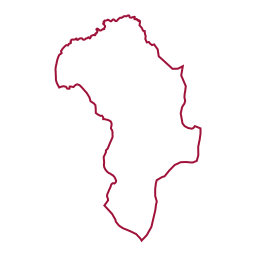 Manakhah, Sana'a, Yemen (orthographic projection)
{"feature_id": "15242507B46989260913803", "entity_name": "Manakhah", "entity_type": "district", "adm_level": 2, "iso_a3": "YEM", "parent_name": "Yemen", "parent_adm1": "Sana'a", "projection": "orthographic", "projection_center": [43.649, 15.071], "detail": "fine", "context": "isolated", "style": "outline", "palette": "rose", "viewbox_px": 256, "rotation_deg": 0, "n_neighbors": 0, "source": "geoboundaries", "source_scale": "gbopen_adm2", "svg_char_len": 5396}
<svg xmlns="http://www.w3.org/2000/svg" viewBox="0 0 256 256"><path d="M104.4,205.5L112.1,213.9L115.4,219.7L115.8,221.6L117.4,223.7L119.1,225.7L122.9,228.2L127.4,230.0L131.3,231.7L136.2,234.1L140.5,238.7L141.6,240.6L146.8,235.1L151.4,226.9L153.6,217.5L155.3,210.3L155.3,210.2L156.0,204.7L156.8,201.6L155.2,196.0L155.2,192.7L155.2,188.9L155.9,183.3L156.7,180.2L162.2,177.0L164.6,176.3L169.2,170.6L174.7,165.0L180.7,162.2L186.3,162.0L190.0,162.4L192.8,162.5L193.5,162.2L196.7,160.9L198.3,155.4L198.2,146.6L198.8,144.1L198.9,143.2L199.7,139.5L200.2,135.8L200.5,133.9L200.5,128.4L194.9,126.1L193.4,128.0L191.8,128.7L188.1,128.0L184.6,126.1L182.5,123.4L180.9,114.4L180.7,113.5L182.0,107.6L182.0,107.4L183.2,105.3L184.4,103.6L185.2,100.8L184.4,97.3L184.7,93.6L184.8,93.1L185.2,91.2L185.2,90.9L185.8,86.2L181.8,76.8L181.2,75.4L182.8,66.2L177.9,68.7L172.4,68.8L171.4,67.8L161.9,59.1L158.8,56.4L158.7,56.2L157.7,49.4L154.1,44.4L152.0,45.1L150.1,43.7L148.9,42.0L146.8,42.4L145.3,38.9L145.7,36.2L145.0,33.9L144.7,31.1L143.7,31.2L142.5,29.8L142.1,28.3L139.5,25.3L140.0,22.1L140.0,21.3L139.8,21.3L139.7,21.3L139.3,21.2L139.3,20.9L139.3,20.7L139.2,20.5L139.0,20.3L138.9,20.2L138.6,20.1L138.3,20.2L138.0,20.6L137.4,20.3L137.4,19.7L137.1,19.3L136.6,19.0L136.1,19.0L135.6,19.2L135.1,19.3L134.9,19.2L134.5,19.1L134.4,18.7L134.3,18.0L134.3,17.7L134.5,17.5L134.8,17.1L134.4,16.8L133.9,16.9L133.3,17.1L132.8,17.1L132.2,17.3L131.7,17.6L131.2,17.7L130.5,17.6L130.0,17.4L129.6,17.1L129.4,16.6L129.4,16.1L129.2,15.6L128.7,15.4L128.2,15.4L127.6,15.6L127.2,15.8L126.8,16.1L126.3,16.3L125.8,16.3L125.2,16.2L124.7,16.2L124.1,16.2L123.4,16.5L123.0,17.1L122.6,17.3L122.0,17.4L121.5,17.8L121.0,17.9L120.4,17.7L119.9,17.8L119.5,18.1L119.1,18.5L118.8,18.8L118.3,19.1L117.9,19.6L117.6,20.0L117.2,20.4L116.8,20.8L116.4,21.1L115.9,21.1L115.4,21.0L115.0,20.6L114.7,20.2L114.2,19.8L113.8,19.5L113.2,19.4L112.8,19.6L112.3,20.1L112.0,20.5L111.6,20.8L111.3,21.2L110.8,21.3L110.3,21.2L109.4,20.5L109.0,20.2L108.6,19.9L108.1,19.9L107.6,20.0L107.5,19.9L106.9,20.3L106.0,20.5L105.4,20.6L104.8,20.6L104.5,21.0L104.1,21.2L103.9,21.3L103.7,21.5L103.9,22.0L104.2,22.3L104.2,22.9L103.8,23.1L103.5,23.1L103.3,23.2L103.2,23.7L103.4,24.2L103.9,24.5L104.3,24.9L104.6,25.3L104.9,25.7L105.0,26.2L105.0,26.6L104.9,27.3L104.6,27.7L104.2,28.1L104.1,28.5L104.1,29.1L103.6,29.3L103.1,29.1L102.6,29.2L102.3,29.5L101.9,29.8L101.5,30.1L101.0,30.4L100.5,30.5L100.3,30.5L100.0,30.5L99.6,30.2L99.2,29.9L98.8,29.6L98.4,29.2L98.0,28.9L97.5,28.7L97.0,28.7L96.6,28.9L96.4,29.4L96.6,29.9L97.0,30.3L97.3,30.7L97.5,31.1L97.4,31.6L97.0,32.1L97.0,32.6L96.7,33.0L96.2,33.2L95.7,33.3L95.4,33.6L95.6,34.1L95.6,34.5L95.3,35.0L94.9,35.3L94.4,35.1L93.9,35.0L93.5,35.0L93.4,35.0L92.4,35.4L92.0,35.6L91.5,35.7L91.1,36.0L90.8,36.5L90.6,37.6L90.3,38.1L89.9,38.4L89.4,38.2L89.1,37.8L88.9,37.4L88.4,37.3L88.0,37.6L87.5,38.0L87.0,38.3L86.5,38.3L86.0,38.4L85.3,39.1L84.7,39.5L84.3,39.7L83.7,39.7L83.2,39.7L82.8,39.4L82.5,39.0L82.2,38.6L81.7,38.3L81.2,38.3L80.7,38.3L80.2,38.4L79.7,38.5L79.3,38.8L78.8,39.1L78.4,39.4L77.8,39.9L77.3,39.9L76.9,39.7L76.6,39.2L76.5,38.6L76.0,38.6L75.6,39.0L75.3,39.3L74.8,39.5L74.3,39.6L73.8,39.6L73.3,39.6L72.8,39.5L72.2,39.5L71.7,39.7L71.3,39.9L71.2,40.2L71.2,40.4L71.1,40.9L70.6,41.2L70.6,41.7L70.8,42.1L70.9,42.7L70.7,43.2L70.3,43.3L69.2,43.7L68.7,44.0L68.6,44.5L68.4,45.0L68.1,45.4L67.6,45.4L67.2,45.3L66.7,45.1L66.2,45.2L65.8,45.5L65.4,45.8L65.0,46.2L64.6,46.6L64.2,47.0L63.8,47.4L63.1,48.2L62.8,48.5L62.4,49.0L62.1,49.6L61.8,50.0L61.5,50.5L61.1,50.9L61.1,51.4L61.1,51.9L61.4,52.3L61.6,52.8L61.6,53.3L61.2,53.6L60.7,53.9L60.3,54.1L60.1,54.2L59.8,54.4L59.4,54.7L59.2,55.2L58.8,55.7L58.8,55.8L58.6,56.3L58.3,56.8L58.2,57.3L58.0,57.9L57.7,58.5L57.5,59.1L57.4,59.6L57.3,60.1L57.1,60.8L56.9,61.4L56.9,61.5L56.8,62.0L56.7,62.5L56.6,63.1L56.5,63.7L56.4,64.3L56.2,64.8L56.1,65.4L56.0,65.9L55.9,66.4L55.8,66.9L55.7,67.4L55.6,68.0L55.6,68.6L55.5,69.3L55.5,69.8L55.6,70.3L55.6,70.8L55.6,71.4L55.7,71.9L55.7,72.5L55.7,73.0L55.7,73.6L55.7,74.1L55.8,74.6L55.8,75.1L55.8,75.7L55.8,76.1L55.9,76.7L55.9,77.2L55.9,78.9L55.9,79.4L56.0,80.0L56.1,80.4L56.2,81.0L56.4,81.5L56.5,82.0L56.7,82.6L56.9,83.0L57.2,83.6L57.3,83.9L57.4,84.1L57.6,84.6L57.9,85.1L58.1,85.4L58.1,85.5L58.4,86.0L58.8,86.5L58.8,86.8L59.0,87.1L59.2,87.5L60.2,87.1L61.6,86.6L63.6,86.2L66.0,86.8L67.3,88.7L68.7,88.7L69.4,88.7L69.7,86.5L71.0,86.5L73.4,87.1L75.3,85.2L77.1,84.3L79.6,85.2L82.1,87.7L85.4,91.5L86.7,92.9L89.5,97.5L89.9,98.9L90.5,101.2L93.2,103.0L93.5,103.1L93.9,103.4L95.4,105.2L95.7,108.3L95.8,113.0L98.3,114.8L100.4,115.8L102.0,115.7L103.2,117.3L103.2,119.1L104.4,119.1L107.6,119.9L108.1,120.0L110.6,121.3L111.5,123.1L111.6,124.7L111.6,125.0L111.1,127.2L111.0,128.1L111.0,128.7L111.9,129.9L112.5,131.8L112.5,134.2L112.6,137.1L111.8,138.9L110.1,142.7L108.8,145.9L107.7,148.6L105.9,150.4L105.9,152.3L103.7,157.0L103.7,157.5L104.0,160.7L104.1,161.8L104.1,163.2L103.9,164.4L104.0,165.6L104.0,166.1L104.3,167.3L105.2,169.2L106.0,170.4L106.6,171.1L107.6,172.1L108.6,172.9L109.4,173.3L110.4,173.7L111.4,174.5L112.5,175.1L112.9,175.3L113.7,176.2L114.5,177.1L115.5,179.1L116.1,180.8L116.0,181.7L115.2,182.9L114.5,183.5L114.1,183.3L112.8,183.2L111.7,184.0L111.0,185.1L110.7,186.4L110.2,187.7L109.6,188.9L109.1,190.0L108.6,191.1L108.6,191.3L108.0,192.6L107.5,193.8L107.3,194.4L107.1,195.0L107.0,196.3L107.5,197.6L107.9,198.9L108.1,200.3L104.4,205.5Z" fill="none" stroke="#9f1239" stroke-width="2"/></svg>